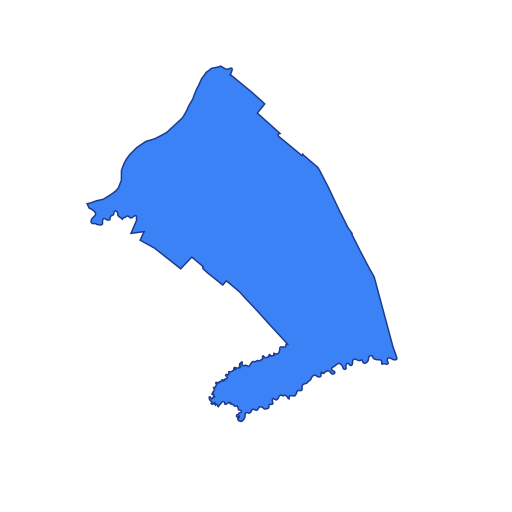 the district of Lavalle, Corrientes, Argentina, rotated 29°
{"feature_id": "61730980B29008980854450", "entity_name": "Lavalle", "entity_type": "district", "adm_level": 2, "iso_a3": "ARG", "parent_name": "Argentina", "parent_adm1": "Corrientes", "projection": "mercator", "projection_center": [-58.887, -29.013], "detail": "fine", "context": "isolated", "style": "filled", "palette": "blue", "viewbox_px": 512, "rotation_deg": 29, "n_neighbors": 0, "source": "geoboundaries", "source_scale": "gbopen_adm2", "svg_char_len": 6145}
<svg xmlns="http://www.w3.org/2000/svg" viewBox="0 0 512 512"><g transform="rotate(29 256 256)"><path d="M429.1,278.3L428.9,277.5L428.2,276.4L419.6,268.8L369.6,217.1L360.5,211.5L343.7,200.4L329.2,190.5L329.3,189.8L322.8,186.7L309.9,177.8L308.9,177.3L286.2,161.0L270.9,150.8L267.3,148.6L248.7,144.8L247.5,144.2L247.3,145.9L217.4,140.3L216.6,139.6L216.4,138.6L217.7,137.2L187.9,130.4L189.9,118.8L185.7,117.7L173.4,114.9L146.5,109.9L146.0,110.5L145.5,110.0L145.5,107.8L144.8,104.4L144.0,103.6L143.4,103.6L142.2,104.5L140.8,106.4L139.5,107.0L138.3,107.2L133.0,107.0L132.1,108.3L126.0,113.6L124.7,116.9L123.3,119.7L123.3,121.6L122.5,127.3L123.1,135.1L123.1,138.2L123.9,145.3L124.6,149.5L124.4,157.0L124.9,163.0L124.8,168.8L124.6,171.1L118.2,190.7L115.6,195.1L110.8,202.3L107.5,205.8L104.3,208.9L100.7,215.8L99.1,219.2L96.5,228.2L95.7,233.6L95.7,237.9L96.1,241.9L96.9,246.5L101.6,255.2L102.6,263.4L101.8,267.2L99.1,273.0L94.8,280.5L89.6,285.1L85.7,289.7L82.9,292.1L86.8,295.0L89.6,294.8L93.3,295.4L95.2,296.6L95.6,297.8L95.6,298.8L94.5,302.2L94.5,304.3L94.8,305.5L95.3,306.3L96.1,306.7L96.9,306.9L97.8,306.7L99.3,305.7L100.4,305.4L101.2,305.6L104.5,304.5L105.6,303.7L106.2,302.7L105.9,301.6L104.8,299.9L104.4,298.6L104.4,297.7L104.8,297.1L105.8,296.6L106.6,296.5L107.5,296.7L108.9,296.5L110.4,295.5L110.5,294.8L110.3,294.1L109.7,293.1L109.7,292.0L109.8,291.2L111.2,289.3L111.3,288.4L110.7,286.9L110.5,285.7L110.9,284.9L111.7,284.5L113.3,285.0L113.9,285.2L114.6,285.9L115.0,287.1L115.6,287.4L117.0,288.0L119.7,288.2L121.3,288.7L121.4,287.1L123.4,284.8L123.6,283.8L124.5,283.1L125.2,283.1L127.2,283.6L128.0,283.5L129.1,282.3L130.2,279.9L130.9,279.2L131.8,279.0L132.5,279.6L133.5,281.7L134.2,282.1L135.7,296.8L146.4,288.9L146.6,293.7L147.0,298.4L163.4,298.3L196.3,303.7L200.4,288.1L214.8,290.9L215.0,292.2L216.5,293.0L222.9,294.5L225.4,294.8L241.0,297.5L242.1,292.1L258.9,295.3L267.4,298.2L281.6,302.7L302.3,309.8L322.7,316.5L326.2,317.9L325.5,318.2L325.2,318.9L325.9,320.8L325.5,321.5L321.6,323.6L321.3,324.5L321.6,325.4L322.0,325.9L322.8,328.7L322.8,329.9L322.4,330.8L322.0,331.3L320.6,332.3L319.6,332.2L318.8,332.4L319.0,333.2L320.0,333.8L319.5,334.7L318.7,335.3L317.8,335.8L315.6,335.7L315.3,336.5L316.6,336.9L315.6,338.3L313.6,340.4L312.6,340.5L311.0,339.8L310.3,340.3L310.6,341.2L311.7,342.4L311.7,343.5L310.9,343.9L310.4,345.3L309.8,346.2L308.0,346.6L306.6,348.8L304.4,349.8L304.0,350.5L303.5,353.7L303.6,354.8L303.2,356.0L302.7,356.4L300.8,356.3L299.5,356.7L299.0,357.6L297.8,358.2L297.1,357.8L296.1,358.2L295.4,357.6L295.3,356.9L295.9,356.5L295.6,355.5L294.8,355.7L294.5,356.3L294.5,357.4L294.0,358.1L294.9,360.3L295.2,360.8L296.3,360.4L296.3,361.3L294.0,363.0L293.0,363.4L293.2,365.0L292.6,365.5L292.0,365.3L292.2,364.6L292.1,363.6L291.4,363.7L291.1,364.3L291.1,365.0L291.9,366.5L291.3,367.4L291.1,368.2L290.2,369.5L289.6,369.6L288.3,370.5L289.4,372.4L289.2,373.5L288.5,373.7L287.8,373.7L287.3,374.2L287.2,375.0L287.6,375.5L288.4,375.4L289.5,375.9L290.0,376.4L289.9,377.2L288.6,378.6L288.3,379.5L288.8,380.1L288.0,381.3L287.4,380.4L286.5,380.5L286.2,381.4L286.0,383.2L285.3,383.3L284.8,384.0L285.1,384.8L284.5,385.3L283.4,385.4L282.6,385.7L282.2,386.2L282.6,386.8L284.0,386.4L283.6,388.1L284.2,390.0L283.8,390.8L283.1,391.1L282.7,391.8L284.6,393.0L284.5,395.3L284.1,396.3L284.8,396.7L285.1,397.4L284.4,398.1L285.2,398.4L286.0,397.9L286.7,397.9L287.1,399.6L287.8,399.5L286.8,401.0L286.6,401.6L286.5,402.4L285.5,402.2L284.0,401.4L283.5,401.9L284.0,403.0L284.8,403.9L285.6,404.4L288.3,405.2L288.8,405.6L288.2,406.6L288.9,406.9L289.8,406.9L290.4,406.0L290.5,404.8L291.2,404.1L291.9,405.7L292.8,406.1L292.9,404.9L294.1,404.8L295.5,406.1L296.2,406.0L296.1,405.1L296.7,402.6L296.9,400.6L297.5,399.6L298.3,399.0L299.2,398.9L299.8,399.4L299.9,400.1L300.4,400.6L301.4,400.5L302.6,398.6L303.0,397.5L303.6,396.8L304.5,396.7L304.8,397.7L305.4,397.8L306.1,397.0L306.9,397.4L308.4,397.1L310.0,397.6L310.8,397.5L311.9,396.4L312.6,396.4L314.7,398.2L315.3,399.0L317.4,398.3L318.5,398.8L318.7,399.8L318.2,400.9L317.5,401.2L317.2,402.3L317.2,403.3L316.3,404.2L316.3,404.9L316.8,405.8L318.2,406.0L319.0,404.2L319.5,404.8L318.9,407.4L320.4,408.4L321.2,408.4L322.9,408.1L323.7,407.5L324.1,406.5L324.6,404.7L324.4,402.0L323.9,401.4L323.0,398.7L323.8,397.3L326.2,396.8L326.8,395.9L327.2,394.7L327.0,393.2L327.2,391.8L328.0,391.2L330.4,391.0L331.5,390.5L331.9,389.4L332.1,386.3L333.6,385.5L335.4,385.2L337.3,385.8L338.3,385.3L340.4,383.5L340.7,382.4L339.6,380.2L339.6,379.4L341.8,378.1L342.2,377.6L342.2,376.4L341.2,375.5L340.2,374.3L339.8,373.0L340.0,372.3L343.3,372.2L344.2,371.0L344.4,369.4L344.2,367.6L344.4,366.5L345.1,365.7L347.5,365.2L348.9,363.7L350.2,363.6L352.3,364.4L353.3,365.1L354.2,364.9L353.4,363.1L353.1,362.2L354.3,361.1L355.6,360.7L357.1,360.0L357.9,359.1L358.0,357.3L357.6,355.3L357.6,353.6L358.8,352.8L360.2,352.3L360.9,351.4L361.0,350.0L360.0,348.9L359.4,347.2L359.3,346.1L359.8,345.0L362.0,342.7L363.1,339.1L363.8,337.8L363.5,335.3L363.9,333.2L364.7,332.0L365.6,331.4L368.6,331.7L369.8,331.2L370.8,330.4L370.9,329.3L369.8,327.1L369.5,326.0L370.2,325.9L370.9,326.2L371.5,326.2L372.2,325.8L372.8,323.8L373.2,323.0L374.6,321.5L375.7,321.2L376.5,321.3L378.7,322.2L380.1,322.3L381.3,321.2L381.5,320.4L381.4,319.5L380.8,319.1L380.2,319.0L377.6,318.8L376.8,318.0L376.6,317.4L376.7,316.5L377.8,314.9L379.4,311.2L380.4,309.7L381.1,309.5L382.1,309.5L384.0,310.0L385.0,310.5L386.2,311.6L387.1,312.1L387.9,312.3L388.8,312.0L389.3,311.4L389.2,310.3L387.9,308.8L387.4,306.9L387.5,306.0L388.0,305.6L389.1,305.3L391.2,306.0L391.9,305.9L392.5,305.3L392.8,304.4L392.7,303.7L391.4,301.1L391.3,299.9L391.7,298.7L392.2,298.2L396.6,297.6L397.9,296.9L398.8,295.5L399.4,295.6L400.5,296.7L401.5,297.3L402.4,297.4L403.0,297.2L403.8,296.5L404.6,294.7L404.8,292.9L403.6,289.5L403.7,288.8L404.2,287.9L405.7,287.1L406.5,287.2L408.2,288.6L409.5,288.7L411.4,288.3L415.4,286.5L416.9,287.1L417.4,287.7L418.1,289.3L418.7,289.5L419.4,288.6L421.0,287.7L422.2,287.5L423.0,287.2L423.6,286.3L423.3,285.3L422.7,284.7L421.3,283.8L420.9,281.9L421.2,281.0L422.1,280.4L424.8,280.1L425.7,280.2L426.8,280.0L428.5,279.0L429.1,278.3Z" fill="#3b82f6" stroke="#1e3a8a" stroke-width="1.5"/></g></svg>